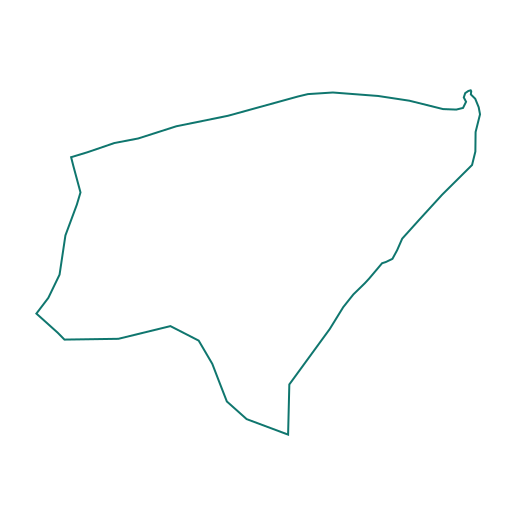 outline of Bonny, Rivers, Nigeria, rotated 183°
{"feature_id": "59680162B83694422254145", "entity_name": "Bonny", "entity_type": "district", "adm_level": 2, "iso_a3": "NGA", "parent_name": "Nigeria", "parent_adm1": "Rivers", "projection": "mercator", "projection_center": [7.217, 4.46], "detail": "fine", "context": "isolated", "style": "outline", "palette": "teal", "viewbox_px": 512, "rotation_deg": 183, "n_neighbors": 0, "source": "geoboundaries", "source_scale": "gbopen_adm2", "svg_char_len": 854}
<svg xmlns="http://www.w3.org/2000/svg" viewBox="0 0 512 512"><g transform="rotate(183 256 256)"><path d="M308.8,168.5L294.0,146.0L285.7,127.4L277.5,109.2L256.8,92.6L214.6,79.3L216.0,129.5L178.5,187.0L166.2,209.5L161.5,216.1L156.7,222.8L145.9,234.5L141.9,239.3L129.7,255.4L126.2,256.7L119.6,260.3L115.4,269.1L110.9,281.0L95.0,300.6L73.3,327.0L45.0,358.2L42.4,371.8L43.2,391.3L39.7,409.2L41.4,416.2L45.3,424.5L49.9,428.6L49.7,431.8L50.3,432.7L52.6,431.9L55.6,429.6L56.8,425.2L54.3,421.0L57.0,414.7L63.7,412.7L76.9,412.5L110.9,419.1L142.4,422.2L187.8,423.3L212.6,420.4L222.4,417.5L291.2,394.6L342.3,381.4L379.8,367.2L403.4,361.4L430.0,350.7L445.8,345.0L443.1,336.3L434.6,310.3L437.6,297.9L447.4,266.6L451.2,227.1L461.2,203.3L472.3,187.0L450.0,169.0L442.9,162.5L389.1,166.1L337.8,181.5L308.8,168.5Z" fill="none" stroke="#0f766e" stroke-width="2"/></g></svg>